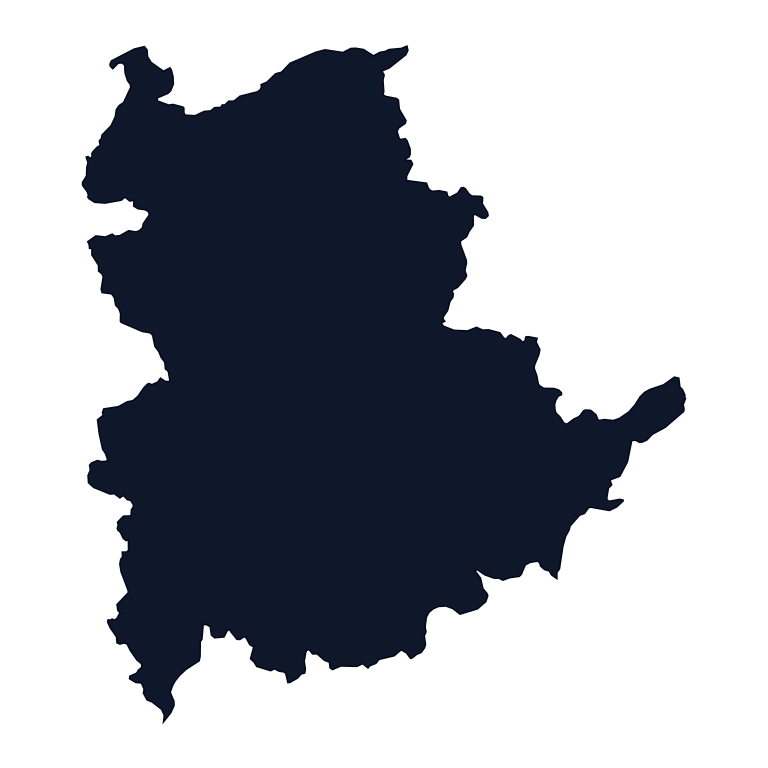 the border of Shan
{"feature_id": "MMR-3277", "entity_name": "Shan", "entity_type": "State", "adm_level": 1, "iso_a3": "MMR", "parent_name": "Myanmar", "parent_adm1": "", "projection": "robinson", "projection_center": [97.631, 21.717], "detail": "fine", "context": "isolated", "style": "filled", "palette": "ink", "viewbox_px": 768, "rotation_deg": 0, "n_neighbors": 0, "source": "natural_earth", "source_scale": "10m", "svg_char_len": 6040}
<svg xmlns="http://www.w3.org/2000/svg" viewBox="0 0 768 768"><path d="M544.5,569.6L540.6,566.1L539.9,563.4L537.9,561.1L530.1,562.4L525.3,564.9L521.3,574.4L519.2,576.4L509.7,577.7L502.9,580.2L498.8,578.1L494.2,578.2L484.9,574.9L477.3,569.7L475.0,570.7L480.5,578.1L483.0,588.8L486.9,593.4L487.8,595.6L485.9,601.5L477.6,608.8L460.0,614.2L452.9,608.6L445.8,606.0L438.5,606.5L433.2,608.8L428.8,612.5L426.4,617.2L425.1,626.8L426.0,632.0L424.3,635.8L425.5,644.4L424.5,647.8L421.3,652.4L416.6,654.4L412.3,657.9L410.4,658.3L406.5,653.0L401.2,649.8L394.2,655.8L379.0,659.4L375.9,663.4L369.9,665.7L368.0,668.0L362.7,663.7L356.8,666.4L340.8,666.0L332.4,669.6L330.1,667.9L329.4,662.2L324.4,660.3L317.1,653.9L312.5,653.9L309.2,649.7L306.6,650.3L305.8,652.2L304.2,661.3L305.4,668.9L304.7,673.1L301.2,673.9L297.4,678.2L289.9,682.4L287.9,682.7L285.8,673.7L284.2,672.0L279.1,671.2L274.5,668.8L270.7,670.7L256.8,666.5L254.0,662.0L250.5,658.8L253.7,646.9L249.8,644.7L245.6,637.0L243.6,637.0L239.9,639.5L236.9,639.3L230.4,631.2L230.2,629.4L227.3,630.5L224.0,637.0L214.7,637.8L211.4,635.1L210.2,626.7L206.7,624.7L203.2,624.5L201.9,639.4L200.3,641.6L200.1,656.4L199.2,660.8L186.1,669.3L179.6,675.3L175.3,680.7L172.5,685.7L170.2,692.4L174.0,701.4L174.0,705.7L170.8,712.7L163.5,721.9L164.3,715.4L161.7,709.4L152.0,701.9L147.0,699.9L143.4,693.1L144.1,689.1L141.4,683.0L135.5,682.4L129.5,678.7L129.8,676.2L136.8,673.1L138.3,670.1L141.3,667.8L141.9,665.3L141.2,663.5L137.0,660.1L130.5,650.8L127.0,643.9L123.8,643.0L120.0,644.1L117.0,642.9L116.5,636.8L110.2,627.8L107.6,621.9L108.1,619.8L110.4,620.2L112.1,619.0L114.5,620.2L116.9,618.4L120.0,612.9L117.8,610.3L117.0,604.5L128.2,592.8L128.2,590.6L121.1,571.9L119.8,564.0L120.7,559.3L122.6,556.7L122.2,552.1L126.6,552.0L128.5,550.4L128.4,540.9L128.0,540.1L126.0,540.6L123.2,538.3L120.4,532.4L117.9,530.1L117.2,528.2L118.2,525.3L117.5,522.2L123.5,516.1L131.0,515.9L131.4,509.7L133.3,506.7L133.3,504.6L130.6,500.3L127.3,499.7L123.5,495.5L119.9,497.9L114.3,493.7L110.0,494.1L93.6,487.4L88.5,482.7L88.0,475.5L90.3,470.3L89.6,465.1L91.6,462.9L97.4,460.5L100.9,461.5L105.8,461.4L107.7,459.9L105.5,453.6L102.6,449.1L99.2,433.5L97.5,419.8L103.4,415.1L102.4,412.8L103.7,408.9L118.3,406.7L127.2,401.8L132.9,400.7L138.0,396.2L143.8,387.8L147.6,384.0L149.0,383.5L151.8,384.7L157.7,382.1L160.5,378.1L164.9,381.2L168.7,381.8L169.8,380.3L168.3,371.4L165.4,368.9L164.8,362.2L161.1,357.3L158.8,351.6L154.9,346.4L152.7,335.6L151.5,333.9L149.6,332.7L142.3,331.5L121.2,322.4L120.4,321.2L120.6,313.5L118.7,308.5L115.6,305.1L114.4,297.7L111.5,293.8L102.1,292.6L101.2,289.3L103.2,276.8L101.7,273.5L98.6,271.2L98.5,265.3L91.9,255.0L91.9,248.6L89.5,248.3L89.2,244.8L87.7,241.7L95.9,235.9L105.4,237.0L112.2,234.1L114.8,236.1L119.8,235.7L128.6,230.7L136.0,231.9L139.5,230.6L142.6,227.5L143.2,223.8L149.4,214.7L148.2,211.4L144.7,209.6L138.0,208.8L133.7,206.1L133.9,200.3L129.9,201.1L124.9,197.1L121.3,200.2L104.9,203.1L94.6,202.3L88.8,198.6L87.8,197.0L88.4,194.9L87.2,191.6L82.6,185.4L82.5,182.4L86.5,176.0L86.8,167.2L88.0,162.7L86.2,157.1L87.9,156.5L90.0,158.0L91.4,157.6L92.2,156.3L91.8,153.7L93.4,151.1L97.6,146.8L100.2,145.7L99.3,140.9L101.4,138.5L102.0,135.0L111.1,125.7L115.3,116.6L116.3,109.7L119.1,105.6L123.6,102.5L130.7,87.4L130.3,84.4L127.5,80.6L125.1,73.1L124.6,64.9L121.9,62.9L118.2,63.2L112.8,68.7L110.3,66.2L109.9,64.3L111.5,60.8L134.4,49.0L144.4,46.6L147.1,50.0L147.5,56.6L151.1,62.4L163.5,71.2L169.9,67.8L171.4,70.0L173.0,76.4L173.4,84.0L170.6,90.9L167.9,93.4L157.1,98.0L157.5,101.0L168.9,105.1L172.9,104.4L182.8,107.0L183.9,108.1L183.9,112.6L185.0,115.1L195.1,115.7L204.2,111.4L210.7,110.9L214.6,107.6L220.6,107.4L222.4,104.8L224.6,105.2L228.7,101.2L233.9,101.1L240.0,96.2L257.4,91.8L260.3,89.6L261.4,87.0L261.1,84.6L267.0,82.1L275.5,73.8L281.5,72.2L290.1,63.2L315.9,52.2L325.1,49.8L342.9,52.5L350.7,48.5L355.4,48.2L363.6,49.5L373.4,55.8L380.0,52.3L385.0,51.5L389.1,49.5L401.3,48.4L407.0,46.1L407.9,50.4L405.9,54.7L389.2,68.0L382.8,70.6L382.3,71.8L384.2,75.1L383.0,79.8L383.8,91.8L382.9,94.6L385.4,96.3L396.6,98.5L398.4,100.0L399.3,109.1L406.0,120.6L405.3,123.3L398.8,127.9L397.0,131.3L399.3,138.6L400.5,139.5L405.2,138.6L407.0,140.6L410.1,148.9L410.2,154.3L409.2,156.8L405.7,158.9L405.8,160.3L410.9,160.5L412.6,164.1L406.6,176.0L406.5,180.5L426.6,183.2L428.1,187.8L430.0,190.2L432.4,191.3L439.0,190.7L446.7,192.2L447.7,196.1L449.4,197.5L457.6,193.2L461.1,187.9L463.5,187.5L465.5,188.9L469.2,194.1L471.8,196.0L480.8,196.3L482.6,197.5L482.3,203.8L487.6,212.5L488.1,215.7L485.3,218.2L481.6,218.0L475.1,214.3L473.1,215.1L473.3,225.4L469.0,231.5L466.6,236.8L460.5,240.9L460.5,244.5L466.2,260.0L466.5,262.9L464.9,270.4L466.6,275.7L465.1,278.8L457.6,287.3L452.8,289.9L452.2,291.7L453.3,293.7L452.9,297.2L449.9,301.5L447.6,310.5L443.7,316.2L442.9,318.9L444.8,321.2L441.1,323.3L443.7,326.3L454.1,330.3L467.6,330.9L476.5,327.3L482.7,330.1L488.5,329.8L499.9,332.8L503.6,337.9L506.0,339.2L508.4,336.1L510.8,334.8L519.9,339.4L522.5,342.2L525.0,340.9L525.7,337.0L528.0,336.6L537.1,338.3L536.1,342.0L539.9,349.8L538.7,355.1L534.5,365.2L534.2,368.4L536.8,375.7L538.2,383.4L539.5,385.7L543.8,388.3L554.1,388.5L558.7,390.0L561.4,392.6L561.5,394.7L558.2,396.2L555.7,400.5L554.6,404.8L555.1,410.2L556.0,413.0L559.8,416.7L563.9,423.1L566.9,424.2L573.7,419.1L579.2,416.5L583.6,410.8L585.4,410.0L590.5,410.3L592.3,411.6L596.0,414.8L597.7,419.3L599.3,420.5L604.2,419.5L613.2,420.5L619.2,418.5L629.0,411.9L635.3,404.5L640.2,396.7L644.7,392.3L649.8,389.5L663.6,384.8L674.4,377.1L678.8,378.1L679.9,387.0L682.5,389.6L684.9,395.0L684.7,397.0L685.5,398.6L683.2,404.7L684.1,409.4L683.6,411.5L665.2,427.3L652.3,434.3L646.9,440.0L642.5,442.0L639.8,442.4L635.5,440.3L631.8,440.4L627.5,461.6L619.9,476.2L610.0,480.0L611.7,484.9L608.4,488.2L607.0,496.8L606.8,499.6L609.0,501.3L619.7,499.3L623.2,500.1L623.2,500.9L616.8,506.9L609.4,510.5L590.9,507.2L588.6,507.7L584.4,513.5L579.7,515.1L570.2,525.9L569.1,530.0L565.6,536.4L562.8,546.7L559.5,568.8L556.9,572.5L556.9,578.7L551.6,575.0L549.3,571.0L544.5,569.6Z" fill="#0f172a" stroke="#020617" stroke-width="1.5"/></svg>